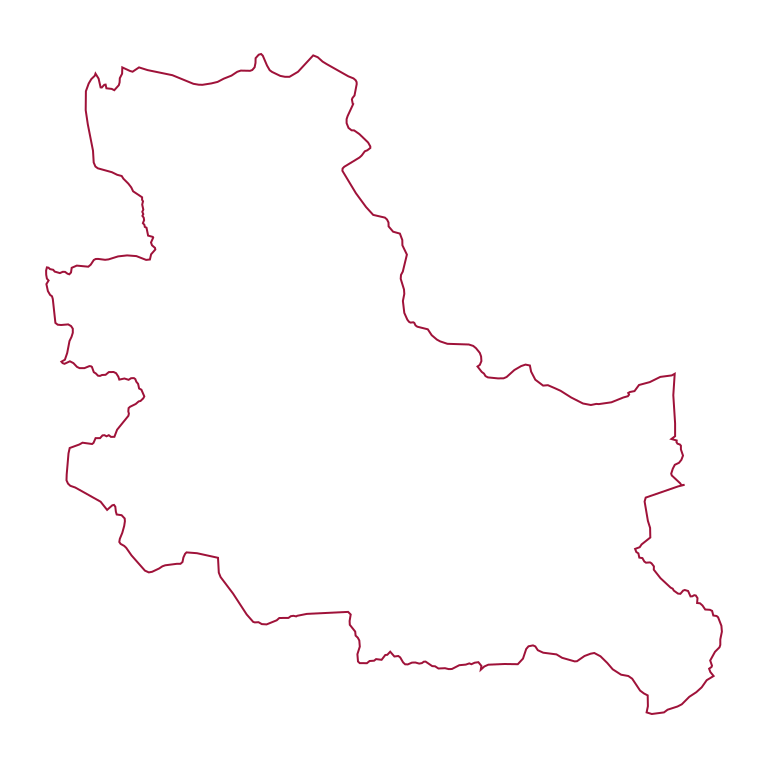 Kabinda, Kasaï-Oriental, Democratic Republic of the Congo
{"feature_id": "63176286B78021290688444", "entity_name": "Kabinda", "entity_type": "district", "adm_level": 2, "iso_a3": "COD", "parent_name": "Democratic Republic of the Congo", "parent_adm1": "Kasaï-Oriental", "projection": "orthographic", "projection_center": [24.619, -6.075], "detail": "fine", "context": "isolated", "style": "outline", "palette": "rose", "viewbox_px": 768, "rotation_deg": 0, "n_neighbors": 0, "source": "geoboundaries", "source_scale": "gbopen_adm2", "svg_char_len": 5991}
<svg xmlns="http://www.w3.org/2000/svg" viewBox="0 0 768 768"><path d="M313.2,55.4L298.0,71.8L289.5,76.8L285.0,76.8L280.3,75.9L272.0,71.9L269.7,70.2L267.0,65.5L262.8,55.7L261.1,54.0L258.7,54.7L255.6,58.2L255.5,62.9L254.6,67.3L252.3,70.0L250.1,70.8L240.8,70.6L237.2,71.8L231.5,75.6L223.7,78.7L217.6,81.9L211.4,83.4L202.5,84.8L198.7,84.7L193.4,83.8L172.4,75.2L147.6,70.1L139.0,67.4L132.6,71.7L130.1,71.0L122.3,67.4L122.1,73.7L119.8,78.2L119.6,82.4L118.8,85.2L114.3,90.2L111.7,88.9L106.4,88.3L105.6,84.6L104.3,84.8L101.8,87.5L100.6,87.4L98.6,78.6L95.5,73.6L94.8,75.7L91.3,79.1L88.7,83.5L85.9,91.2L85.7,110.2L87.8,124.3L93.0,150.7L93.7,162.5L95.4,166.5L97.8,168.3L111.9,172.2L117.2,174.8L121.7,176.0L123.4,178.7L128.4,183.7L131.3,187.5L133.1,191.3L142.1,197.3L142.1,199.8L143.0,201.3L142.2,204.6L143.3,209.6L142.3,211.8L143.3,214.1L142.4,215.9L143.7,217.6L144.1,220.1L142.9,223.2L144.4,224.8L144.8,226.9L146.5,227.7L148.1,235.6L152.8,236.9L153.2,237.6L151.0,242.5L152.0,245.3L155.0,247.9L155.3,249.5L151.1,254.3L149.9,259.5L146.1,259.9L136.4,256.1L127.1,255.4L118.1,256.4L108.5,259.4L105.1,259.8L98.0,258.9L95.7,259.0L93.8,260.0L90.7,264.7L88.3,266.7L76.8,265.6L71.7,267.8L71.0,272.5L69.3,274.3L67.5,273.7L65.1,271.9L62.8,271.8L59.9,273.1L54.7,271.6L53.2,269.8L50.0,269.1L48.5,267.7L46.9,267.4L46.1,270.6L46.2,274.8L46.9,278.6L48.6,280.5L46.4,284.1L47.9,291.1L50.1,294.9L52.0,296.3L52.8,299.0L55.4,322.9L57.7,324.7L61.1,325.0L68.2,324.4L71.1,326.1L72.8,328.7L72.8,332.8L71.5,336.9L69.5,341.0L67.2,353.0L64.9,359.7L61.4,361.7L62.6,363.1L64.5,363.8L69.9,361.3L73.4,363.1L77.0,366.9L79.5,368.1L84.5,368.1L89.4,366.1L91.0,366.3L91.9,366.9L93.8,372.2L95.9,373.5L98.0,375.7L100.0,375.9L102.0,375.0L105.6,374.8L108.8,372.1L113.6,372.0L116.1,373.2L118.3,376.6L119.3,379.6L124.4,378.5L128.6,379.8L131.1,378.2L133.9,378.1L135.3,379.1L136.3,381.7L138.1,383.9L139.1,388.5L141.4,389.7L144.3,396.4L143.3,398.3L140.5,401.0L138.7,401.4L135.7,404.0L130.0,406.8L128.6,408.1L128.3,411.4L128.9,413.6L128.4,415.8L117.1,429.7L114.4,436.8L111.0,436.9L108.8,435.2L106.5,436.3L104.5,435.2L102.5,435.4L100.1,438.1L95.6,438.1L93.5,442.9L92.1,444.0L82.5,442.7L79.3,444.5L69.7,448.0L68.5,453.4L66.7,474.4L66.5,480.3L68.0,483.6L70.3,485.8L75.2,487.5L100.6,501.7L107.1,509.9L112.3,505.3L114.0,504.9L115.3,506.7L115.9,511.8L116.7,514.5L121.6,515.2L124.7,518.5L124.9,521.3L124.2,525.9L122.3,532.8L119.8,538.9L119.3,542.0L120.6,543.9L124.2,545.9L126.2,547.8L131.5,555.4L144.9,570.6L148.8,572.4L152.1,571.8L159.1,568.5L162.4,566.3L165.2,565.3L176.9,563.8L180.5,563.8L182.5,562.0L183.4,557.5L185.1,553.8L186.5,552.4L197.0,553.2L218.0,557.8L218.8,572.6L220.6,577.1L233.0,593.5L246.7,614.5L253.2,621.9L254.8,622.4L258.5,622.2L261.8,624.1L266.6,624.4L276.7,620.3L279.3,618.0L288.5,617.9L290.8,616.2L293.4,615.8L296.2,616.4L297.2,615.8L306.8,613.9L348.1,611.9L350.7,614.5L349.6,621.0L349.8,624.8L355.2,631.6L355.6,635.6L357.8,637.7L359.3,640.5L359.8,646.6L357.4,654.2L358.0,661.5L359.7,663.1L366.9,663.2L369.6,661.0L374.1,660.7L376.1,659.1L381.6,659.8L385.3,655.0L387.3,654.8L390.2,651.7L394.4,656.5L398.3,656.0L400.2,657.4L403.1,662.4L405.1,664.3L407.8,664.4L412.0,662.6L415.4,662.5L419.2,663.6L421.9,663.1L423.8,661.7L425.6,661.6L432.2,666.1L435.1,666.3L438.4,668.5L445.0,668.2L448.7,669.1L451.9,669.0L459.3,665.2L465.8,664.6L469.3,663.4L471.4,664.2L474.7,662.7L478.4,662.2L481.4,665.9L480.8,669.7L484.3,666.5L488.3,664.7L504.5,664.0L517.8,664.2L523.0,658.6L526.2,649.0L528.5,646.3L533.0,645.4L535.3,646.4L537.8,650.2L543.2,652.7L556.5,654.4L562.1,657.8L574.7,661.4L577.0,661.2L584.5,656.0L590.6,653.7L594.3,653.0L600.5,656.3L607.3,663.0L612.7,669.3L621.1,674.7L628.3,676.0L632.2,678.7L640.1,690.6L644.0,693.5L647.7,695.4L647.9,706.2L646.6,712.4L651.8,714.0L664.0,712.4L667.6,709.7L677.5,706.5L681.8,704.3L689.3,696.8L696.3,692.2L701.7,687.3L706.7,680.2L713.6,676.0L710.4,672.1L709.1,668.7L711.5,667.0L712.0,665.7L710.2,660.5L715.0,651.8L719.5,647.3L720.3,644.9L720.3,639.4L721.9,631.6L721.4,625.8L718.1,617.3L716.6,616.0L713.3,615.5L712.1,610.9L709.9,609.8L705.2,609.5L702.5,605.5L700.0,603.3L697.1,603.0L697.5,598.1L695.8,595.5L694.2,595.2L692.3,596.3L690.5,596.4L688.1,591.0L684.8,590.0L683.1,590.6L680.4,593.8L678.0,593.6L673.8,590.6L672.7,588.7L670.6,587.6L660.5,578.2L653.8,569.7L653.9,566.4L651.5,563.3L650.0,562.4L646.0,562.7L644.3,561.5L642.4,558.1L639.3,557.6L638.4,553.4L636.3,552.0L635.1,548.9L639.7,547.2L641.6,544.4L650.3,537.5L650.1,527.9L647.9,520.9L644.6,501.5L645.7,497.6L678.1,486.4L684.6,484.8L681.4,485.2L680.2,483.3L671.8,475.5L671.2,473.7L672.8,468.7L674.8,464.8L679.0,462.8L681.4,459.8L683.0,455.6L680.9,449.4L680.9,445.7L679.9,444.5L677.5,443.7L676.5,442.2L676.7,440.5L671.4,439.0L675.1,436.2L675.1,423.4L673.3,395.2L674.7,373.8L671.8,375.4L660.3,376.9L649.8,382.1L639.0,385.0L634.5,391.1L629.9,392.0L628.2,393.0L629.1,394.6L627.9,396.2L623.3,397.5L611.4,402.3L598.8,404.1L596.3,403.9L590.9,405.0L583.0,403.5L571.2,397.5L560.6,390.8L555.1,388.3L547.9,385.2L543.1,385.6L535.3,379.7L531.1,371.6L529.9,365.5L525.5,364.6L521.1,366.1L514.4,370.0L506.6,377.0L503.6,378.3L498.0,378.4L487.9,377.4L485.5,376.1L484.0,373.6L481.7,371.9L477.5,366.5L479.8,364.9L481.4,361.1L481.1,356.5L479.8,352.9L476.0,348.2L473.2,345.9L468.8,344.5L447.4,343.8L440.2,341.4L436.9,339.6L431.7,335.2L427.8,329.3L417.3,326.7L415.5,325.4L414.3,322.9L413.3,322.3L410.5,322.6L409.0,321.8L407.3,319.6L404.3,312.9L402.9,301.0L404.3,293.9L404.0,289.5L400.7,278.8L401.0,274.9L402.8,271.6L406.9,254.6L402.4,245.3L402.3,240.0L399.9,233.6L393.1,231.7L388.6,226.4L388.5,222.5L387.0,219.5L384.9,217.6L373.2,214.9L366.0,207.0L355.9,193.2L342.4,170.8L342.6,168.5L344.2,166.8L359.5,157.5L361.7,155.5L364.8,151.3L367.3,150.3L370.3,148.0L370.3,146.4L368.1,142.5L359.4,134.1L354.1,130.4L351.6,130.3L348.5,127.9L346.6,123.1L346.6,119.1L347.6,116.1L353.2,104.0L352.7,103.6L351.9,99.4L352.6,97.8L354.5,95.5L356.7,84.1L356.6,82.1L355.7,80.3L353.5,78.4L348.3,76.3L326.7,64.1L322.6,61.6L317.7,57.2L313.2,55.4Z" fill="none" stroke="#9f1239" stroke-width="2"/></svg>